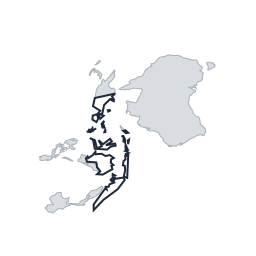 Indonesia highlighted, Equal Earth projection, rotated 257°
{"feature_id": "IDN", "entity_name": "Indonesia", "entity_type": "country or territory", "adm_level": 0, "iso_a3": "IDN", "parent_name": "Asia", "parent_adm1": "", "projection": "equal_earth", "projection_center": [119.503, -2.501], "detail": "medium", "context": "with_neighbors", "style": "outline", "palette": "slate", "viewbox_px": 256, "rotation_deg": 257, "n_neighbors": 7, "source": "natural_earth", "source_scale": "50m", "svg_char_len": 7606}
<svg xmlns="http://www.w3.org/2000/svg" viewBox="0 0 256 256"><g transform="rotate(257 128 128)"><path d="M164.7,102.4L173.3,106.4L176.2,109.7L176.5,111.6L180.5,113.6L181.0,115.3L178.8,115.6L179.3,117.7L181.4,119.8L182.8,123.2L184.2,123.1L184.0,124.5L185.8,125.1L185.1,125.7L187.6,127.0L187.3,127.9L185.7,128.2L185.2,127.3L180.8,126.5L177.7,122.7L176.5,119.9L173.4,118.5L169.9,120.5L170.2,122.8L168.3,123.9L164.5,123.3L164.7,102.4ZM191.5,104.4L193.4,106.8L193.6,108.5L192.9,109.3L191.9,106.2L189.5,103.8L187.8,102.8L188.5,102.1L191.5,104.4ZM189.2,112.8L186.6,114.3L185.3,114.3L182.1,112.5L182.3,111.5L184.4,112.0L185.7,111.7L186.1,110.2L186.4,110.1L186.6,111.8L188.0,111.5L190.1,109.3L189.8,107.4L191.2,107.3L191.7,107.9L191.6,109.7L190.8,111.6L189.6,111.9L189.2,112.8ZM197.4,111.2L200.3,115.0L200.0,115.9L199.3,116.2L198.3,115.0L197.3,113.0L196.9,110.5L197.2,110.2L197.4,111.2Z" fill="#d9dde1" stroke="#a8b0b8" stroke-width="1"/><path d="M126.4,122.5L126.7,121.8L128.8,121.1L131.2,120.6L132.1,121.0L126.7,124.1L126.4,122.5Z" fill="#d9dde1" stroke="#a8b0b8" stroke-width="1"/><path d="M79.9,48.4L77.7,47.9L74.6,48.5L73.1,51.2L73.5,55.0L71.4,53.5L69.4,53.6L69.8,51.1L67.8,51.1L67.5,54.6L65.2,62.1L65.4,64.4L66.9,64.5L67.8,67.4L68.2,70.2L69.5,72.0L70.9,72.4L72.1,74.0L71.4,75.3L69.8,75.7L69.6,74.1L67.7,72.7L67.3,73.3L66.3,72.0L66.0,70.4L63.6,67.1L63.2,69.0L62.8,67.2L63.8,62.2L66.4,55.9L65.6,53.0L65.4,49.8L63.4,45.7L64.3,45.1L65.2,42.4L62.0,35.2L63.0,34.7L64.2,31.3L65.8,31.2L68.6,29.1L69.5,30.1L69.6,31.9L71.2,32.1L70.5,35.4L70.4,38.2L72.9,36.3L73.6,36.9L75.0,36.8L75.5,35.7L77.3,35.9L79.0,38.4L79.0,41.5L80.8,44.3L80.7,46.9L79.9,48.4Z" fill="#d9dde1" stroke="#a8b0b8" stroke-width="1"/><path d="M172.8,219.2L174.0,219.4L173.7,222.6L172.8,223.6L172.3,225.8L171.7,225.0L170.0,226.9L168.3,226.7L167.4,224.4L167.3,222.6L166.4,220.2L166.6,218.9L169.9,220.1L172.8,219.2ZM128.1,194.7L123.8,196.9L123.4,198.4L122.6,199.6L119.3,199.9L117.4,199.4L114.3,199.8L113.0,201.4L112.4,201.2L110.2,203.0L107.2,202.9L103.7,200.5L103.7,198.8L104.8,198.4L105.1,197.7L105.3,194.6L105.0,192.9L103.4,188.2L103.5,186.5L102.5,183.7L101.5,182.5L101.1,180.1L99.5,176.4L100.5,177.8L99.7,174.9L100.8,175.8L101.5,177.0L101.4,175.4L99.5,171.2L100.5,167.1L100.2,165.3L101.1,163.1L101.3,165.4L102.3,163.3L107.0,159.8L108.1,159.6L108.7,160.0L111.9,158.5L112.9,157.5L114.2,157.6L116.6,156.6L119.8,152.0L120.0,149.1L121.7,146.4L122.6,149.1L123.6,148.5L122.8,147.0L123.6,145.5L124.6,146.1L124.9,143.7L126.8,140.9L128.0,140.4L128.0,139.5L129.0,139.9L129.1,139.1L131.3,138.2L133.0,139.7L134.3,141.5L137.2,141.9L136.7,140.1L137.9,137.6L139.0,136.8L138.6,136.0L139.7,134.2L141.1,133.0L142.3,133.4L144.3,132.8L144.3,131.2L142.6,130.1L143.9,129.7L145.4,130.5L146.7,131.8L148.6,132.6L149.3,132.3L150.7,133.2L152.1,132.3L153.0,132.6L153.6,132.0L154.6,133.6L153.0,136.5L152.2,136.7L152.5,137.9L150.9,141.1L151.0,141.9L154.6,144.7L157.4,147.6L159.3,148.5L159.6,149.4L161.8,150.5L163.4,149.4L164.4,146.3L165.6,142.1L165.3,137.8L165.7,135.5L166.1,134.8L165.8,133.7L167.0,129.4L167.9,128.2L168.6,129.8L168.7,131.8L169.2,132.2L169.3,133.5L170.1,135.1L170.1,138.0L170.8,140.5L172.4,139.3L174.2,141.9L173.9,143.3L174.3,146.0L174.6,147.6L175.1,148.0L175.6,150.6L175.3,152.3L176.0,154.4L181.4,158.8L181.0,159.6L182.2,161.5L182.9,164.9L183.9,164.2L184.7,165.6L185.3,165.1L185.4,168.3L189.4,173.9L189.8,176.3L189.3,179.9L190.1,182.5L189.7,185.1L188.3,189.2L187.4,193.0L186.1,195.7L184.3,197.1L181.4,203.3L180.3,204.7L179.5,206.9L179.0,209.7L177.6,210.7L175.2,210.8L173.1,212.0L170.5,214.3L167.7,212.5L168.2,211.1L166.9,211.6L164.8,213.6L158.7,211.4L157.5,209.7L156.9,206.1L155.9,204.9L153.9,204.6L154.7,203.2L154.3,201.0L153.1,203.0L151.1,203.5L152.4,201.9L152.8,200.3L153.8,198.8L153.8,196.7L151.8,199.2L150.4,200.2L149.4,202.5L147.8,201.3L147.9,199.7L145.6,196.5L146.0,195.9L143.3,194.1L141.7,194.0L139.7,192.6L135.7,192.8L130.2,194.9L128.1,194.7Z" fill="#d9dde1" stroke="#a8b0b8" stroke-width="1"/><path d="M117.6,54.9L115.4,50.9L117.4,51.0L118.2,52.2L117.6,54.9ZM120.3,62.9L121.4,61.1L121.6,59.1L122.9,59.0L122.5,61.1L124.3,58.0L124.1,61.1L121.7,65.1L120.3,62.9ZM129.4,64.2L130.2,70.9L129.4,73.9L128.5,70.6L127.4,72.2L128.2,74.6L127.5,76.1L124.7,74.2L124.0,71.9L124.7,70.4L123.2,68.9L122.5,70.2L121.4,70.1L119.6,71.9L119.2,70.9L120.1,68.2L122.9,66.1L123.8,67.6L125.6,66.7L125.9,65.3L127.6,65.2L127.5,62.7L129.4,64.2ZM111.1,64.1L107.9,67.2L109.1,64.9L112.2,60.7L113.5,57.6L113.9,60.2L111.1,64.1ZM120.1,35.9L119.7,37.2L120.5,39.5L119.9,42.1L118.5,43.1L118.2,45.7L118.7,48.2L119.9,48.5L121.0,48.2L123.9,49.9L123.7,51.7L124.5,52.4L124.3,53.9L122.4,52.3L121.5,50.7L120.9,51.8L119.4,49.9L117.3,50.4L116.1,49.7L116.2,48.4L117.0,47.6L116.3,46.8L116.0,48.0L114.8,46.2L114.4,44.8L114.4,41.8L115.3,42.8L115.5,37.9L116.3,35.1L117.7,35.1L119.1,36.0L119.8,35.1L120.1,35.9ZM119.5,57.4L119.1,55.9L120.5,56.9L122.0,56.9L122.0,58.2L119.4,60.5L119.5,57.4ZM127.6,55.1L128.3,58.6L126.5,57.8L127.1,60.8L126.0,61.5L125.9,59.3L125.2,59.1L124.8,57.2L126.2,57.4L126.2,56.2L124.7,53.8L127.0,53.9L127.6,55.1Z" fill="#d9dde1" stroke="#a8b0b8" stroke-width="1"/><path d="M67.3,73.3L67.7,72.7L69.6,74.1L69.8,75.7L71.4,75.3L72.1,74.0L74.1,76.3L75.1,78.4L74.9,82.0L75.3,85.0L76.1,85.9L77.1,88.8L77.0,89.9L75.3,90.1L70.3,85.1L70.0,83.5L68.6,81.4L68.3,78.7L67.5,76.9L67.8,74.6L67.3,73.3ZM109.6,80.7L104.8,80.2L104.0,83.8L103.0,84.9L101.8,89.4L99.9,90.1L97.6,89.2L96.5,89.5L95.1,91.1L93.6,90.9L92.0,91.5L90.4,89.7L90.0,87.6L91.7,88.7L93.6,88.1L94.1,85.3L97.9,84.0L100.8,79.5L101.9,81.1L102.4,80.0L103.6,80.1L103.8,76.5L105.7,74.3L106.9,71.8L107.8,71.8L109.0,73.4L109.1,74.8L112.7,76.6L112.5,77.9L110.9,78.1L111.4,79.6L109.6,80.7Z" fill="#d9dde1" stroke="#a8b0b8" stroke-width="1"/><path d="M103.8,76.5L103.6,80.1L102.4,80.0L101.9,81.1L100.8,79.5L103.8,76.5Z" fill="#d9dde1" stroke="#a8b0b8" stroke-width="1"/><path d="M89.9,87.5L92.0,91.2L96.7,89.0L101.6,89.3L104.3,80.5L107.7,80.1L109.3,82.2L107.6,82.4L109.4,87.5L112.2,90.9L109.7,90.5L108.8,96.5L105.8,99.8L105.7,104.1L102.0,107.4L101.2,104.4L98.0,103.4L95.2,105.4L94.8,103.3L91.4,103.6L88.3,92.9L89.9,87.5ZM55.7,76.1L61.2,77.3L74.2,92.2L73.0,93.3L75.7,93.1L75.1,95.9L77.3,97.4L78.0,102.4L79.8,101.7L81.4,104.0L80.7,112.7L78.0,113.0L70.7,104.2L63.6,88.0L55.7,76.1ZM164.7,102.4L164.4,123.3L162.4,119.5L159.5,120.5L160.2,117.1L155.8,109.9L148.0,106.3L147.7,103.8L145.4,107.1L143.2,103.0L147.3,102.5L147.9,100.8L144.0,101.2L140.9,98.6L144.2,95.2L148.0,96.4L148.5,101.4L151.0,104.8L157.1,98.8L164.7,102.4ZM126.8,88.6L123.6,93.0L115.1,93.2L116.2,98.4L122.8,96.5L117.9,100.1L121.5,108.1L118.4,109.3L116.2,102.6L115.7,112.0L113.6,112.0L113.7,107.0L111.7,102.8L115.3,90.9L124.0,91.3L126.8,88.6ZM81.5,113.0L87.7,115.8L91.9,116.3L92.8,114.6L96.9,116.3L98.0,118.6L101.4,119.0L101.3,121.0L101.8,122.2L79.6,116.0L81.5,113.0ZM133.1,91.3L135.4,89.0L134.4,91.7L135.9,93.3L133.5,93.1L134.8,96.9L132.4,90.4L133.8,86.9L133.1,91.3ZM137.9,103.2L140.4,106.4L138.1,104.7L133.5,105.3L134.2,103.2L137.9,103.2ZM121.2,121.7L117.1,122.7L114.2,121.9L116.1,120.5L120.2,121.7L121.6,120.0L121.2,121.7ZM107.9,120.9L112.6,121.8L107.0,122.9L107.9,120.9ZM126.3,122.7L126.4,125.0L123.3,127.1L123.4,124.9L126.3,122.7ZM81.4,99.4L83.2,102.3L82.8,103.9L79.2,100.6L81.4,99.4ZM159.8,118.7L156.6,120.9L159.3,117.7L159.8,118.7ZM112.2,124.5L116.0,125.2L116.5,126.4L112.2,124.5ZM129.2,104.0L131.9,105.7L129.1,105.0L129.2,104.0ZM103.1,119.9L103.1,122.4L101.5,120.2L103.1,119.9ZM106.1,120.3L106.5,122.5L104.8,122.2L106.1,120.3ZM86.5,102.7L85.1,104.3L85.2,102.3L86.5,102.7ZM149.8,112.3L149.7,114.2L149.0,114.4L148.5,112.4L149.8,112.3Z" fill="none" stroke="#1e293b" stroke-width="2"/></g></svg>